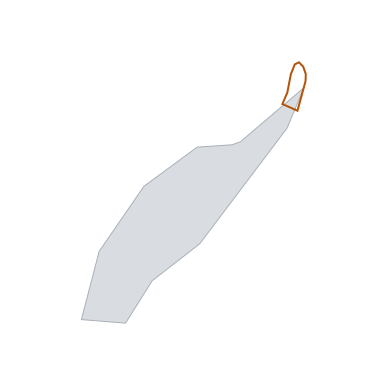 where Ngarchelong sits in Palau, rotated 30°
{"feature_id": "PLW-5252", "entity_name": "Ngarchelong", "entity_type": "state/province", "adm_level": 1, "iso_a3": "PLW", "parent_name": "Palau", "parent_adm1": "", "projection": "equal_earth", "projection_center": [134.636, 7.709], "detail": "fine", "context": "in_parent", "style": "outline", "palette": "amber", "viewbox_px": 384, "rotation_deg": 30, "n_neighbors": 0, "source": "natural_earth", "source_scale": "10m", "svg_char_len": 479}
<svg xmlns="http://www.w3.org/2000/svg" viewBox="0 0 384 384"><g transform="rotate(30 192 192)"><path d="M200.0,338.8L160.0,357.8L141.3,289.9L147.5,211.1L174.0,150.6L202.9,131.2L208.8,124.3L236.8,45.7L242.4,89.1L224.6,232.9L201.9,288.8L200.0,338.8Z" fill="#d9dde1" stroke="#a8b0b8" stroke-width="1"/><path d="M226.3,70.6L224.8,58.1L218.7,40.5L217.2,30.1L219.8,26.2L225.7,27.9L231.6,33.0L234.9,39.2L242.7,68.9L226.3,70.6Z" fill="none" stroke="#b45309" stroke-width="2"/></g></svg>